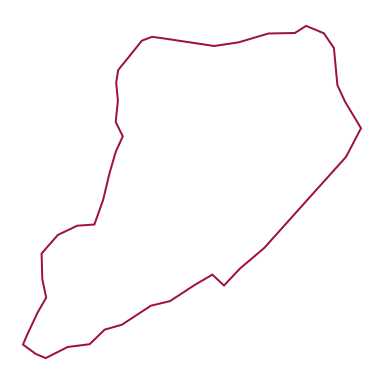 outline of Richmond, New York, United States of America
{"feature_id": "52423323B38635571773884", "entity_name": "Richmond", "entity_type": "district", "adm_level": 2, "iso_a3": "USA", "parent_name": "United States of America", "parent_adm1": "New York", "projection": "equal_earth", "projection_center": [-74.171, 40.574], "detail": "fine", "context": "isolated", "style": "outline", "palette": "rose", "viewbox_px": 384, "rotation_deg": 0, "n_neighbors": 0, "source": "geoboundaries", "source_scale": "gbopen_adm2", "svg_char_len": 733}
<svg xmlns="http://www.w3.org/2000/svg" viewBox="0 0 384 384"><path d="M115.8,151.7L109.6,172.9L103.1,200.0L94.4,224.4L94.4,224.5L77.2,225.7L57.9,234.9L41.6,253.5L42.3,279.2L46.2,297.7L37.6,312.5L26.4,336.5L23.0,344.6L35.7,353.9L45.7,358.1L67.6,347.0L89.6,344.2L104.7,329.6L121.9,324.7L150.9,305.7L170.0,301.1L194.6,285.0L211.9,274.9L212.3,274.6L224.0,285.5L240.2,268.3L264.2,248.0L307.6,199.6L346.0,156.9L350.3,148.7L361.0,128.2L345.3,102.1L344.6,100.7L337.4,85.1L333.9,48.0L323.9,33.3L306.1,25.9L294.8,33.0L268.4,33.5L238.8,42.3L214.2,46.0L184.7,41.6L169.7,39.3L152.1,36.8L141.8,40.7L126.5,59.8L121.1,66.4L118.2,70.1L116.2,82.5L117.9,100.7L115.7,122.0L122.8,136.3L115.8,151.7Z" fill="none" stroke="#9f1239" stroke-width="2"/></svg>